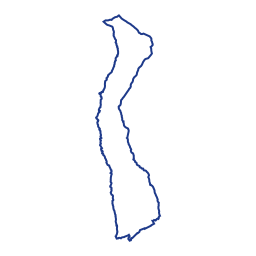 the district of Polovragi, Gorj, Romania
{"feature_id": "2599482B25892022881740", "entity_name": "Polovragi", "entity_type": "district", "adm_level": 2, "iso_a3": "ROU", "parent_name": "Romania", "parent_adm1": "Gorj", "projection": "albers", "projection_center": [23.807, 45.24], "detail": "fine", "context": "isolated", "style": "outline", "palette": "blue", "viewbox_px": 256, "rotation_deg": 0, "n_neighbors": 0, "source": "geoboundaries", "source_scale": "gbopen_adm2", "svg_char_len": 5890}
<svg xmlns="http://www.w3.org/2000/svg" viewBox="0 0 256 256"><path d="M129.6,240.6L129.9,240.4L130.4,240.4L130.5,239.9L130.8,240.1L131.0,240.0L131.0,239.6L131.2,239.3L131.2,238.4L131.3,238.1L132.4,238.0L137.3,233.1L137.6,233.3L139.3,232.0L140.0,230.1L144.6,228.3L144.8,228.8L151.0,225.7L151.2,225.3L154.1,223.7L152.6,220.9L153.4,220.9L154.1,220.0L155.6,220.5L155.9,220.1L155.8,219.9L156.4,219.7L156.7,219.1L157.4,218.7L157.8,218.6L158.4,218.9L158.8,218.0L158.6,217.5L158.7,217.2L159.4,216.3L159.5,215.8L159.9,215.7L159.3,214.3L159.0,212.5L159.2,211.2L158.4,208.3L158.4,206.5L158.7,205.8L158.6,204.1L158.8,202.7L157.8,201.6L157.5,200.3L157.7,199.4L157.4,198.8L156.9,197.3L155.8,195.1L155.7,194.5L154.9,193.1L154.6,191.8L154.5,190.3L153.1,187.0L152.2,185.8L151.4,185.4L151.0,184.9L150.3,185.0L150.1,184.8L150.0,183.3L149.8,182.9L149.3,181.3L149.3,180.3L149.1,179.0L148.6,177.7L148.3,177.3L148.4,176.7L149.0,175.3L148.9,174.8L148.3,173.5L147.4,172.3L146.9,172.0L146.0,170.8L145.3,170.5L144.0,170.4L143.5,169.8L143.3,168.9L143.0,168.5L141.7,168.5L141.3,168.0L140.7,167.5L140.0,167.4L139.7,167.1L139.6,166.3L139.4,166.0L137.1,164.9L136.8,164.4L136.6,163.0L136.0,162.4L135.2,162.0L134.8,160.7L134.2,160.1L133.4,159.6L133.3,159.3L133.9,158.4L133.7,157.2L133.8,155.8L133.1,153.5L132.5,153.0L131.7,152.7L131.2,151.9L130.8,150.5L130.9,150.2L131.2,149.7L131.2,149.4L130.0,147.2L129.9,146.4L129.4,145.4L128.7,144.4L128.6,143.5L127.9,141.8L127.9,140.4L127.8,139.1L126.9,138.0L127.4,137.5L127.6,136.2L128.5,132.0L128.7,131.0L128.6,130.0L128.2,129.3L128.2,128.9L128.1,128.6L127.2,128.1L126.1,127.6L125.3,127.0L124.6,126.4L124.0,125.4L123.7,123.1L123.4,122.2L123.2,121.9L123.3,121.7L123.0,121.7L122.9,121.0L122.2,120.0L122.2,118.1L121.9,117.4L121.7,116.6L121.9,116.0L121.2,114.3L121.1,113.0L120.5,111.8L120.4,111.0L118.9,108.8L118.8,108.3L118.9,107.9L118.6,106.9L119.3,105.8L120.0,105.5L120.4,105.0L120.8,103.7L121.1,100.2L122.2,99.0L122.9,97.9L123.9,96.8L127.5,91.5L128.4,90.3L129.3,88.7L130.1,88.0L130.4,87.5L130.8,86.4L130.7,85.3L130.8,84.7L131.2,83.6L132.6,81.8L133.0,80.4L133.1,79.2L134.1,77.4L135.8,75.9L136.7,74.8L137.1,72.5L138.2,70.0L138.3,68.9L138.6,68.4L139.2,67.6L141.1,66.0L142.0,64.6L143.1,62.0L144.8,59.5L145.8,58.9L148.2,58.2L151.1,54.7L151.9,53.5L151.3,50.8L151.2,48.6L150.6,47.0L151.5,46.4L152.7,44.9L152.6,44.7L152.6,43.8L152.2,42.9L152.0,41.8L151.3,40.5L151.4,39.3L151.3,38.4L149.7,36.4L143.5,33.6L142.0,34.1L141.0,34.0L139.6,32.9L138.9,32.7L137.9,30.5L136.1,28.7L135.2,28.1L133.5,26.5L131.2,24.8L130.8,24.3L127.2,22.3L126.5,21.6L124.1,20.2L121.7,18.6L118.9,15.4L118.5,15.6L117.3,16.7L115.1,17.2L113.1,18.4L112.0,19.3L111.6,19.9L110.1,19.7L108.1,20.4L105.5,20.4L103.6,21.7L106.8,24.6L107.9,25.1L108.9,25.3L111.6,26.4L112.3,26.7L112.5,27.0L113.0,28.4L113.1,29.7L113.8,31.2L113.9,32.7L113.6,33.5L113.8,34.3L113.6,34.7L113.6,35.8L113.9,36.1L114.1,36.8L114.5,37.4L115.0,38.9L115.8,39.8L116.0,40.3L116.0,41.1L115.6,42.5L116.1,43.0L116.2,43.5L116.4,43.7L116.4,44.5L116.6,45.0L116.6,45.4L117.2,46.2L117.0,46.9L117.5,47.3L117.5,48.2L117.9,48.8L117.7,49.4L118.1,51.3L118.1,53.5L117.8,54.6L117.3,55.0L117.1,55.6L117.5,56.0L117.4,56.3L116.6,56.8L116.2,57.5L115.7,58.1L115.6,58.8L115.8,60.5L115.0,61.2L114.9,62.2L114.6,62.8L114.7,63.9L114.1,65.2L114.2,66.1L113.4,67.6L112.9,69.1L111.9,70.9L111.9,71.7L111.0,72.7L109.6,73.7L109.2,74.4L108.4,74.8L108.2,75.1L108.0,75.5L107.9,76.7L107.3,77.2L107.0,77.8L106.5,78.2L106.8,78.8L106.8,79.3L106.7,79.8L105.2,81.1L105.0,82.4L105.1,82.9L104.9,83.6L104.9,84.9L105.0,85.4L104.9,86.9L104.5,88.3L103.8,89.5L103.7,90.0L103.2,90.4L103.0,91.9L102.6,92.1L101.6,91.9L101.3,92.2L101.3,92.8L101.1,93.1L100.6,93.1L99.8,93.0L99.3,93.4L99.4,93.8L100.3,94.4L100.7,95.0L100.7,96.5L100.8,96.7L101.3,96.8L101.6,97.2L101.5,98.0L101.7,98.7L100.7,99.9L100.7,102.2L100.5,103.0L100.7,103.7L100.8,104.8L100.5,106.2L100.5,107.1L99.7,107.7L99.4,108.6L98.9,109.3L98.9,110.8L99.8,111.0L99.3,112.3L98.7,112.7L98.1,113.5L97.6,115.6L96.9,116.9L96.3,117.3L96.1,117.7L96.6,118.6L97.3,119.1L98.3,120.2L97.8,120.9L98.0,121.5L97.6,121.8L97.3,122.4L97.6,124.2L98.1,124.9L98.1,126.3L98.4,127.0L99.8,128.7L99.8,129.0L99.3,129.4L99.3,129.6L99.8,129.9L99.9,130.5L100.3,130.8L100.5,131.1L100.4,131.8L100.5,132.5L100.4,133.0L101.0,135.0L100.9,135.8L100.5,136.2L100.5,136.7L101.4,138.0L101.0,138.3L100.3,138.5L100.0,138.8L100.2,139.8L100.9,140.4L100.4,142.2L100.9,143.6L100.8,143.9L100.2,144.3L100.1,145.0L100.1,145.4L100.5,145.7L101.2,147.1L102.0,148.2L101.7,148.5L101.1,148.8L101.0,149.1L101.4,149.9L101.4,150.7L101.7,151.0L102.4,151.0L102.7,151.4L102.6,152.3L102.0,153.1L102.1,153.4L103.2,153.9L103.3,154.3L103.3,155.1L104.1,155.6L104.8,156.7L105.1,158.1L106.0,159.6L106.1,160.3L106.6,161.1L106.7,162.0L106.4,162.6L106.6,163.0L107.6,164.9L109.2,165.5L109.3,166.2L110.5,168.7L110.8,169.8L111.3,170.1L111.5,170.3L111.3,171.2L111.6,171.7L111.5,172.1L110.6,173.0L111.4,173.5L111.7,173.9L111.7,174.2L111.3,175.1L110.8,177.8L110.8,179.0L110.7,179.7L110.8,180.4L110.6,181.8L110.9,182.3L111.3,182.6L111.5,183.2L111.0,184.7L110.6,185.7L110.2,186.1L110.2,186.5L110.3,186.9L110.8,187.1L111.6,188.1L111.3,189.0L111.3,189.4L111.6,189.9L111.5,190.8L110.7,192.7L111.1,193.4L111.2,193.9L111.5,194.6L112.6,195.2L113.0,196.0L112.8,197.7L112.9,198.9L113.2,199.4L113.3,200.0L113.1,200.4L112.4,200.9L112.5,202.7L112.4,203.6L112.8,204.4L112.7,204.9L112.9,205.5L113.3,206.4L113.3,207.7L113.7,209.7L114.3,210.5L115.1,214.2L115.6,215.1L115.4,216.1L115.7,216.7L115.7,217.7L116.0,219.1L115.7,221.6L116.3,223.9L116.4,225.5L117.0,225.5L117.1,226.4L116.9,229.0L117.4,231.8L117.2,232.1L117.3,232.3L116.8,234.3L116.3,235.2L116.1,236.2L115.7,236.4L116.7,238.6L118.1,238.4L118.3,238.0L119.3,237.8L120.9,238.3L121.3,237.8L121.5,237.6L123.0,237.2L124.1,237.1L124.9,236.6L127.9,235.5L128.9,234.8L129.5,235.9L129.3,236.0L129.3,236.9L128.5,237.9L128.5,238.5L128.3,238.9L129.6,240.6Z" fill="none" stroke="#1e3a8a" stroke-width="2"/></svg>